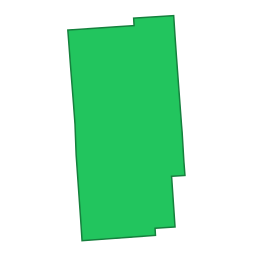 Lee, Mississippi, United States of America (Equal Earth projection), rotated 176°
{"feature_id": "52423323B67844258759837", "entity_name": "Lee", "entity_type": "district", "adm_level": 2, "iso_a3": "USA", "parent_name": "United States of America", "parent_adm1": "Mississippi", "projection": "equal_earth", "projection_center": [-88.697, 34.292], "detail": "fine", "context": "isolated", "style": "filled", "palette": "green", "viewbox_px": 256, "rotation_deg": 176, "n_neighbors": 0, "source": "geoboundaries", "source_scale": "gbopen_adm2", "svg_char_len": 463}
<svg xmlns="http://www.w3.org/2000/svg" viewBox="0 0 256 256"><g transform="rotate(176 128 128)"><path d="M74.6,236.9L114.7,237.2L114.8,229.7L132.0,229.8L139.6,229.8L181.2,229.9L181.1,215.1L181.0,192.9L180.7,157.0L180.6,135.6L181.6,104.8L181.6,57.3L181.6,40.9L181.7,18.8L108.1,19.0L108.0,26.1L88.0,26.0L87.9,76.8L74.5,76.7L74.6,91.3L74.3,119.7L74.4,127.0L74.6,171.0L74.7,200.3L74.7,215.2L74.6,236.9Z" fill="#22c55e" stroke="#15803d" stroke-width="1.5"/></g></svg>